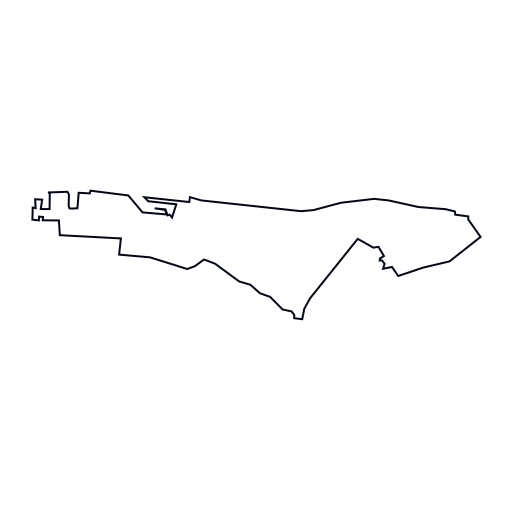 the district of North Inner City Lea-7, Dublin, Ireland, rotated 181°
{"feature_id": "5873133B14640921830681", "entity_name": "North Inner City Lea-7", "entity_type": "district", "adm_level": 2, "iso_a3": "IRL", "parent_name": "Ireland", "parent_adm1": "Dublin", "projection": "natural_earth1", "projection_center": [-6.235, 53.356], "detail": "fine", "context": "isolated", "style": "outline", "palette": "ink", "viewbox_px": 512, "rotation_deg": 181, "n_neighbors": 0, "source": "geoboundaries", "source_scale": "gbopen_adm2", "svg_char_len": 1153}
<svg xmlns="http://www.w3.org/2000/svg" viewBox="0 0 512 512"><g transform="rotate(181 256 256)"><path d="M323.1,313.7L323.7,308.8L368.6,312.8L364.8,308.9L336.6,306.3L340.6,293.0L343.0,295.8L345.2,295.1L347.3,301.0L358.2,301.9L347.6,300.5L346.1,296.0L370.2,297.6L384.7,314.3L422.6,318.4L423.3,315.7L434.4,316.1L435.4,300.6L441.4,300.2L443.4,300.4L444.2,303.2L444.1,314.2L445.7,316.9L465.0,315.9L463.3,315.3L463.2,299.3L472.0,299.2L470.8,308.6L477.8,308.9L477.2,300.0L480.1,300.6L480.2,288.4L473.7,287.8L473.6,291.6L469.6,291.3L469.9,288.0L453.7,288.1L452.5,273.4L391.4,271.2L392.9,255.0L361.9,252.8L324.6,241.8L317.0,244.7L307.9,251.6L296.8,247.6L272.3,230.2L261.2,227.2L251.4,218.8L241.2,215.4L228.5,203.0L219.5,201.2L216.7,197.7L216.7,194.5L208.7,193.6L206.8,204.1L201.1,214.8L154.6,274.9L138.8,266.4L133.7,267.3L128.1,258.2L132.1,255.6L132.2,253.7L129.9,253.7L127.3,250.5L128.7,245.5L119.8,247.4L113.5,238.5L88.4,247.4L62.4,254.0L31.8,279.0L44.4,296.2L44.5,299.3L57.5,300.8L57.9,304.0L67.1,306.1L94.4,307.8L124.5,313.9L139.0,315.2L172.1,310.7L199.3,302.9L211.8,301.6L311.5,310.6L323.1,313.7Z" fill="none" stroke="#020617" stroke-width="2"/></g></svg>